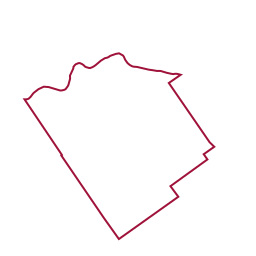 outline of Monroe, Ohio, United States of America, rotated 233°
{"feature_id": "52423323B17076198557768", "entity_name": "Monroe", "entity_type": "district", "adm_level": 2, "iso_a3": "USA", "parent_name": "United States of America", "parent_adm1": "Ohio", "projection": "equal_earth", "projection_center": [-80.93, 39.705], "detail": "fine", "context": "isolated", "style": "outline", "palette": "rose", "viewbox_px": 256, "rotation_deg": 233, "n_neighbors": 0, "source": "geoboundaries", "source_scale": "gbopen_adm2", "svg_char_len": 1052}
<svg xmlns="http://www.w3.org/2000/svg" viewBox="0 0 256 256"><g transform="rotate(233 128 128)"><path d="M213.2,62.6L146.2,59.0L146.2,58.2L70.9,54.6L44.8,53.9L42.8,126.8L56.0,126.9L55.1,172.5L61.5,172.7L61.1,185.6L67.5,184.6L139.4,187.7L138.8,202.1L141.7,199.8L142.9,198.3L143.8,196.6L145.2,195.2L149.1,191.9L153.1,189.0L154.2,188.1L156.2,185.4L159.3,182.5L162.2,179.6L171.3,172.0L173.6,169.4L174.9,168.4L177.4,167.3L180.2,166.7L184.1,166.8L187.5,167.6L189.0,167.6L193.0,165.8L194.5,162.9L196.2,157.6L196.4,156.3L196.3,155.8L196.6,154.0L197.7,151.4L198.1,146.9L197.7,139.8L197.8,137.7L198.0,136.2L198.7,133.8L199.4,133.0L201.8,131.2L202.7,130.7L205.2,130.3L207.1,129.6L208.9,128.5L209.6,127.5L210.3,124.8L210.3,123.8L209.7,121.3L209.0,120.7L208.7,120.4L208.0,119.3L204.7,113.1L202.4,111.6L201.8,110.9L198.1,106.1L197.4,104.4L196.6,101.5L196.8,100.2L197.8,97.8L198.9,96.3L208.4,89.3L211.6,85.7L211.9,84.6L212.9,79.8L212.8,73.9L212.6,72.8L211.5,69.0L211.2,66.4L211.5,65.2L212.2,63.9L213.2,62.6Z" fill="none" stroke="#9f1239" stroke-width="2"/></g></svg>